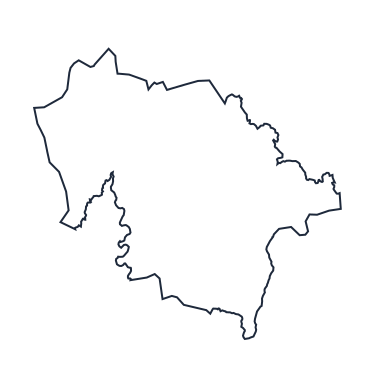 Dioila, Koulikoro, Mali, rotated 353°
{"feature_id": "8926073B3838133103629", "entity_name": "Dioila", "entity_type": "district", "adm_level": 2, "iso_a3": "MLI", "parent_name": "Mali", "parent_adm1": "Koulikoro", "projection": "natural_earth1", "projection_center": [-6.702, 12.317], "detail": "fine", "context": "isolated", "style": "outline", "palette": "slate", "viewbox_px": 384, "rotation_deg": 353, "n_neighbors": 0, "source": "geoboundaries", "source_scale": "gbopen_adm2", "svg_char_len": 5536}
<svg xmlns="http://www.w3.org/2000/svg" viewBox="0 0 384 384"><g transform="rotate(353 192 192)"><path d="M250.5,102.2L249.4,102.8L247.7,103.0L246.0,102.3L244.4,100.6L243.5,100.0L241.9,100.5L239.9,101.3L238.1,102.6L237.4,104.1L237.3,104.3L236.7,105.6L235.4,108.1L235.3,107.9L222.8,83.4L211.5,82.5L197.7,84.6L179.6,87.6L176.5,79.2L170.2,80.5L168.0,78.8L165.1,81.1L161.3,84.9L160.2,76.1L156.2,74.0L143.9,67.8L134.0,65.7L132.5,65.5L132.1,53.5L132.5,47.6L126.7,39.7L110.8,53.7L109.9,55.0L106.4,55.5L95.6,47.5L90.6,50.0L86.6,54.0L84.8,58.6L80.7,74.9L74.6,82.1L55.6,89.9L45.6,89.3L46.9,105.4L49.4,112.1L52.1,120.0L53.2,133.4L53.2,133.9L54.3,145.2L62.5,155.8L67.1,176.2L67.3,195.2L57.8,205.9L70.3,213.9L71.5,214.7L71.3,213.5L72.3,213.1L74.3,212.7L75.6,211.3L76.4,211.9L77.5,212.8L77.8,211.5L78.2,210.0L78.3,208.7L78.3,208.0L78.7,207.5L80.1,205.7L80.5,205.2L80.8,205.2L81.2,205.6L81.7,206.2L82.7,206.5L82.8,205.6L82.6,204.2L83.1,203.6L83.4,203.3L84.1,202.0L83.5,200.8L83.1,200.1L83.1,199.6L83.0,198.9L84.5,196.3L85.1,193.4L86.2,192.7L86.3,191.5L86.6,190.5L87.4,189.8L90.0,190.1L90.5,189.7L89.7,188.3L89.7,186.9L91.0,187.5L92.2,186.1L93.5,184.9L93.9,184.1L97.2,184.2L99.0,184.9L101.2,184.2L102.3,183.7L102.4,181.5L103.7,180.6L102.9,179.3L103.4,177.4L104.2,177.1L104.3,175.2L104.9,174.0L106.7,172.9L107.6,170.1L108.2,169.9L108.6,169.8L109.1,170.2L109.6,170.8L111.4,169.9L113.5,167.1L113.3,165.3L114.0,163.6L115.3,162.9L115.8,162.7L115.3,164.4L115.2,164.7L115.3,164.8L116.1,167.1L115.2,168.9L115.0,171.7L114.0,174.6L112.2,176.8L112.0,178.0L112.1,180.2L112.1,180.4L112.3,180.6L114.7,183.0L115.5,185.7L115.6,186.4L115.7,187.2L116.4,188.5L115.8,190.6L115.2,191.0L114.2,192.8L115.0,195.9L117.1,198.9L119.0,199.5L120.8,199.3L122.4,200.7L122.6,202.5L121.4,206.6L120.2,207.8L117.1,212.8L116.6,213.8L116.6,215.2L116.6,215.3L117.8,216.5L118.3,217.1L119.8,216.8L121.9,216.7L122.8,217.0L125.0,219.1L125.8,221.1L126.0,224.8L124.9,226.1L122.3,226.7L120.0,228.8L118.9,231.9L117.4,232.5L115.0,232.9L114.5,232.0L113.8,232.6L113.0,233.6L112.6,235.1L113.3,237.1L114.2,238.0L114.9,238.7L117.9,236.3L118.9,236.2L119.9,236.2L121.3,237.1L122.6,238.8L122.0,240.6L120.8,243.3L120.0,244.0L117.9,245.9L116.7,247.0L115.4,247.8L112.6,247.6L110.8,247.2L110.2,248.3L108.6,249.2L108.1,250.8L108.7,254.6L110.2,255.9L111.4,256.6L113.0,256.8L114.9,256.0L116.2,254.7L117.1,254.8L119.2,258.8L120.8,259.5L122.0,259.8L122.1,260.2L121.9,262.8L120.8,264.6L119.5,265.8L118.2,267.5L118.0,268.8L118.2,270.0L119.1,270.3L119.9,270.2L120.8,271.1L120.6,271.4L120.3,272.0L136.7,271.4L145.0,268.9L149.3,273.9L149.7,294.7L159.3,292.7L164.3,294.7L170.1,303.0L191.8,311.0L193.1,312.5L195.3,315.0L198.2,310.9L198.9,310.3L200.5,310.6L201.1,310.7L201.5,310.7L202.7,311.1L203.0,311.4L203.3,311.6L203.7,311.2L203.9,310.9L204.4,310.8L205.1,311.3L205.3,312.2L205.7,313.4L205.8,313.8L206.7,313.5L207.6,313.2L209.7,314.2L210.2,314.4L210.8,314.6L211.3,315.4L211.4,315.5L211.6,315.5L213.7,315.9L215.1,316.1L217.0,317.2L218.5,317.1L220.6,318.5L223.2,319.2L226.2,321.8L226.6,323.4L226.3,324.8L225.4,325.6L225.1,326.7L225.5,328.9L224.5,331.8L226.1,333.2L227.0,334.6L227.6,335.5L227.4,336.6L226.6,337.5L225.8,339.2L225.1,340.9L225.5,342.5L226.5,344.3L228.9,344.2L230.9,344.1L232.2,343.6L235.4,342.9L238.3,338.3L238.9,336.6L238.6,334.1L239.4,331.7L239.5,331.5L238.9,330.4L238.7,329.9L238.4,328.2L238.7,327.0L239.1,325.5L242.0,318.5L246.0,314.1L247.2,313.6L248.3,309.1L248.5,306.3L249.7,303.8L252.1,300.5L251.9,299.2L252.2,297.4L252.9,296.4L254.8,294.4L255.4,292.7L256.2,291.5L257.3,288.9L258.4,287.3L259.0,284.9L259.8,283.7L260.5,282.6L260.6,282.4L263.0,279.9L263.7,276.7L262.3,274.5L261.9,272.6L262.4,270.9L261.9,269.6L260.7,266.5L260.8,263.5L259.2,260.0L258.8,258.0L259.6,255.6L260.7,254.1L263.4,250.2L266.2,247.2L266.2,246.7L266.5,246.6L267.0,246.4L268.1,244.0L273.9,239.2L286.1,238.8L293.6,248.0L299.3,248.2L302.4,245.2L301.2,235.0L305.9,228.6L313.4,229.8L325.8,227.2L337.6,226.9L338.4,211.1L336.8,211.5L335.4,211.2L333.3,207.4L332.8,206.2L333.8,204.4L334.0,202.7L332.8,201.8L332.3,200.8L332.2,200.0L333.4,199.7L334.9,200.0L334.2,197.9L333.4,195.0L333.5,192.2L332.2,192.5L330.6,192.7L330.6,192.3L330.4,191.1L329.8,189.7L328.0,189.4L326.0,190.6L324.5,190.7L323.0,192.9L323.2,194.7L323.2,195.3L323.1,196.8L323.1,197.5L322.3,197.9L321.5,197.5L320.4,196.7L319.8,195.5L319.2,195.5L318.8,196.3L318.5,197.3L317.8,198.4L317.0,198.4L316.1,198.4L315.4,197.3L315.2,195.5L313.6,194.7L311.9,194.1L310.1,193.5L308.8,194.3L307.5,193.8L306.9,192.4L307.1,190.8L306.6,188.6L306.6,188.0L306.7,186.6L304.6,183.2L303.7,181.0L302.4,179.8L302.3,177.1L301.1,175.7L298.8,173.9L295.5,173.6L292.9,172.8L289.6,172.5L287.9,173.2L286.4,172.5L284.8,173.1L283.1,174.1L281.8,173.7L280.2,174.7L280.8,172.7L280.3,169.9L281.6,169.0L284.3,168.9L285.9,168.6L286.2,167.2L286.5,165.4L283.9,162.5L281.2,158.4L280.4,158.2L280.1,157.8L279.7,157.1L279.9,156.3L280.4,154.6L279.1,151.5L278.8,150.7L279.5,150.1L280.3,151.2L281.8,152.2L282.8,152.3L283.8,150.3L283.5,148.2L284.7,146.0L284.0,143.9L282.1,143.2L282.0,140.3L281.6,140.0L280.1,138.6L278.0,137.8L277.6,135.5L276.4,134.5L274.5,133.5L272.0,133.1L271.0,134.6L268.2,134.6L266.9,135.9L264.7,137.2L263.5,134.1L261.8,132.2L260.7,131.8L258.7,131.8L257.9,131.2L257.4,130.9L257.8,129.9L258.1,129.0L258.3,127.8L257.8,127.6L257.1,128.0L255.9,128.1L255.7,127.0L255.5,125.6L255.8,121.8L254.2,119.5L251.7,114.7L251.0,113.3L252.1,109.5L251.6,107.5L252.4,106.6L252.9,105.8L252.3,104.8L252.0,104.9L251.5,105.0L251.0,103.8L250.7,102.9L250.6,102.4L250.5,102.2Z" fill="none" stroke="#1e293b" stroke-width="2"/></g></svg>